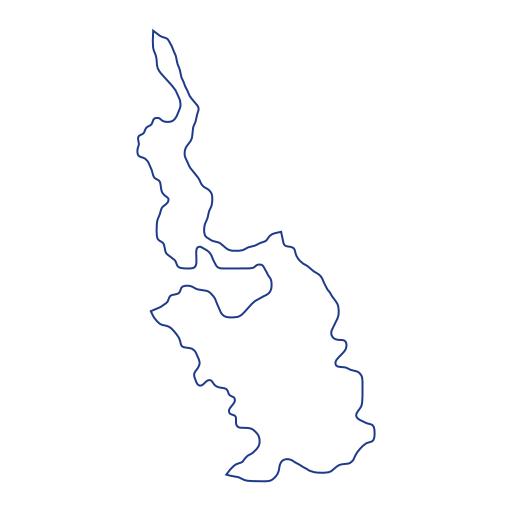 outline of Cambita Garabito, San Cristóbal, Dominican Republic
{"feature_id": "3306468B64395738690475", "entity_name": "Cambita Garabito", "entity_type": "district", "adm_level": 2, "iso_a3": "DOM", "parent_name": "Dominican Republic", "parent_adm1": "San Cristóbal", "projection": "natural_earth1", "projection_center": [-70.253, 18.535], "detail": "fine", "context": "isolated", "style": "outline", "palette": "blue", "viewbox_px": 512, "rotation_deg": 0, "n_neighbors": 0, "source": "geoboundaries", "source_scale": "gbopen_adm2", "svg_char_len": 6094}
<svg xmlns="http://www.w3.org/2000/svg" viewBox="0 0 512 512"><path d="M226.3,474.6L230.7,475.8L238.5,477.2L244.1,479.9L247.1,480.7L252.3,481.1L264.0,481.3L267.1,481.2L270.2,480.7L272.0,479.8L273.6,478.6L275.8,476.4L277.6,473.8L278.7,470.9L279.8,464.9L281.0,462.3L282.2,460.9L283.6,459.9L286.4,459.1L289.1,459.3L291.8,460.2L295.5,462.6L298.8,464.3L303.4,467.2L306.7,468.9L309.4,470.7L314.0,472.1L317.1,472.6L323.4,472.8L328.4,472.3L331.2,471.2L336.6,466.7L339.1,465.1L341.8,464.3L348.2,463.6L350.0,463.0L352.1,461.3L353.3,459.9L355.8,454.6L357.5,451.9L360.3,448.5L362.6,446.1L365.8,443.6L367.5,442.8L371.6,441.6L372.9,440.6L373.5,439.8L373.9,438.9L374.4,436.9L374.6,433.7L374.4,429.4L373.9,427.4L373.5,426.4L372.3,425.0L370.8,424.3L366.6,423.2L359.6,419.8L357.5,418.3L356.6,416.9L356.3,416.1L356.2,415.2L356.6,413.3L357.5,411.8L360.3,407.9L361.3,406.1L361.9,404.0L362.2,401.7L362.5,395.8L362.5,381.5L362.2,378.1L361.6,376.0L361.1,375.1L359.4,372.9L357.1,371.5L350.8,369.9L346.9,368.0L345.2,367.4L339.0,366.8L337.5,366.4L336.1,365.4L335.7,364.6L335.4,362.7L335.6,361.8L336.4,360.0L338.3,357.7L343.5,352.3L344.8,350.6L345.9,348.7L346.5,345.7L346.4,343.8L345.8,342.0L344.5,340.7L343.0,340.1L337.8,339.8L335.2,339.1L333.7,338.2L332.4,336.8L331.6,335.2L331.3,334.2L331.3,332.1L331.7,330.3L337.5,318.4L338.4,315.5L338.7,312.3L338.6,309.0L338.1,305.9L337.4,303.9L335.7,301.2L332.0,296.2L329.8,292.4L327.3,289.3L324.0,282.8L322.1,278.3L320.5,276.0L318.5,274.2L313.7,271.3L307.4,266.0L303.3,263.7L300.2,261.1L298.1,258.7L296.5,256.0L295.8,254.1L294.6,249.7L293.7,248.3L292.3,247.4L290.8,246.9L286.8,246.3L285.3,245.7L284.6,245.1L284.1,244.4L283.4,242.8L281.1,231.8L274.5,233.3L271.9,234.3L269.8,235.9L268.7,237.2L266.8,239.9L266.3,240.5L264.9,241.4L260.0,243.1L255.3,245.5L248.1,247.4L243.4,249.9L241.5,250.4L238.5,250.8L232.3,250.7L230.2,250.3L228.3,249.6L226.6,248.6L220.4,243.4L218.7,242.5L213.3,241.1L211.6,240.5L206.6,237.3L205.4,236.1L204.9,235.2L204.2,232.1L204.1,229.9L204.4,226.5L204.9,224.2L207.5,218.1L209.1,211.1L211.1,206.8L211.7,204.9L212.1,202.8L212.3,199.6L212.2,196.4L211.8,194.4L211.0,192.5L209.2,190.3L207.8,189.2L204.0,187.0L202.1,185.1L201.1,183.6L199.5,180.0L197.9,177.4L190.1,167.7L189.1,165.9L187.5,162.2L185.5,158.0L184.9,156.1L184.6,154.0L184.8,150.9L185.7,147.9L186.8,146.1L190.5,141.1L191.8,138.3L192.2,136.2L193.1,127.8L193.7,125.9L195.2,122.5L195.8,120.6L197.1,114.6L198.4,110.5L198.6,108.9L198.5,107.9L197.8,106.2L196.7,104.7L191.5,98.5L189.7,96.0L187.3,90.5L185.1,86.2L183.8,82.5L181.4,77.3L179.9,70.2L179.3,68.3L177.5,63.9L175.8,55.9L173.5,50.6L171.7,46.0L168.6,40.5L167.6,39.1L166.9,38.6L165.4,37.9L162.1,36.9L159.7,35.7L153.2,30.7L152.8,40.9L153.1,47.5L153.8,50.5L155.6,54.9L156.1,56.8L156.5,58.8L157.0,65.1L157.7,68.2L159.2,71.0L161.0,73.5L171.7,85.3L174.9,89.4L176.0,91.2L179.6,99.2L180.1,101.1L180.5,104.2L180.4,106.3L179.9,108.4L176.6,116.3L174.8,119.0L173.2,120.5L172.2,121.1L170.3,121.7L168.2,121.9L166.2,121.9L164.3,121.5L162.6,120.9L159.8,118.6L158.5,118.0L156.2,117.9L154.7,118.4L153.5,119.5L152.1,123.1L151.4,124.4L150.2,125.4L147.6,126.7L146.4,127.7L145.5,129.0L144.3,132.0L143.5,133.3L142.3,134.1L139.2,135.7L138.7,136.3L138.1,137.7L138.1,139.4L138.9,143.8L138.6,145.6L137.7,148.4L137.4,150.3L137.5,153.1L138.0,154.8L138.5,155.6L139.8,156.6L143.6,157.9L145.3,158.8L147.5,161.1L148.6,162.9L151.6,169.8L153.2,175.4L153.9,177.0L154.9,178.2L158.7,180.4L159.8,181.7L160.4,183.5L161.3,189.9L162.0,192.0L162.5,193.0L164.5,195.3L167.6,197.6L168.4,198.8L168.5,199.6L168.2,201.4L167.3,202.9L165.4,204.7L162.8,206.7L161.8,208.0L161.1,209.6L159.8,214.2L157.6,219.5L157.1,221.8L156.8,224.2L156.6,231.4L156.9,236.0L157.4,238.1L157.8,239.0L159.0,240.4L162.5,242.5L163.6,243.8L164.2,245.6L165.4,251.4L166.2,253.2L167.3,254.4L174.6,260.0L175.6,261.4L177.3,265.7L178.5,267.0L180.1,267.8L183.9,268.4L189.9,268.5L192.7,268.1L194.4,267.4L195.1,266.7L196.0,264.9L196.4,263.0L196.4,259.8L196.2,252.2L196.5,249.3L197.4,247.6L198.1,247.1L199.0,246.8L200.6,246.8L202.0,247.5L207.1,250.5L209.3,252.3L210.4,253.8L211.4,255.4L213.2,259.9L216.1,265.5L217.2,266.8L218.0,267.4L219.7,268.1L221.6,268.4L224.6,268.5L249.2,268.4L252.1,268.0L253.8,267.5L256.6,265.2L257.9,264.7L260.3,264.5L261.9,265.0L262.6,265.5L263.6,266.8L266.6,272.2L268.2,275.4L270.5,278.6L271.4,281.5L271.6,284.7L271.4,288.1L270.7,290.3L269.8,292.0L268.6,293.4L266.3,295.0L263.9,296.1L255.1,301.0L251.9,303.8L244.4,312.1L242.1,314.4L239.5,316.2L237.5,316.9L233.4,317.4L229.3,317.4L226.3,316.9L224.4,316.2L222.9,315.1L221.1,313.0L217.2,304.2L215.0,298.6L213.2,296.0L210.4,293.0L208.7,291.7L206.9,290.9L197.7,289.4L195.9,288.7L192.0,286.6L190.1,286.0L188.0,285.7L185.1,285.8L183.3,286.3L182.5,286.7L181.3,287.9L179.9,291.6L179.0,292.9L178.4,293.3L177.0,294.0L172.2,295.0L170.8,295.6L170.1,296.1L169.3,297.4L167.8,301.2L167.4,301.9L166.2,303.1L160.6,307.0L150.8,311.2L153.0,315.7L154.3,317.9L156.8,321.0L158.9,323.0L160.3,324.1L161.9,324.8L166.7,325.9L169.1,326.8L171.4,328.5L174.1,331.3L176.6,334.4L178.8,337.6L179.9,340.2L181.0,344.7L181.9,346.1L182.6,346.7L184.1,347.3L190.1,348.2L191.9,348.7L194.1,350.3L195.3,351.7L195.8,352.5L198.9,359.5L199.6,362.3L199.5,364.3L198.8,366.2L197.9,367.9L195.1,371.8L194.3,373.5L194.1,374.4L194.4,377.0L195.9,381.1L196.6,382.8L197.6,384.3L198.9,385.3L199.7,385.6L201.3,385.5L202.8,384.7L206.0,381.7L207.4,380.6L208.2,380.3L209.7,380.1L211.2,380.6L211.8,381.1L214.0,384.3L215.2,385.5L216.7,386.5L219.2,387.4L224.5,388.3L226.0,388.9L226.7,389.4L227.6,390.8L228.7,393.8L229.5,395.0L230.6,395.8L233.8,397.3L234.7,398.7L234.9,400.4L234.4,402.2L233.4,403.8L229.9,408.2L229.1,409.9L229.0,411.6L229.6,413.2L230.1,413.8L231.4,414.4L234.1,415.3L234.7,415.6L235.6,416.7L236.0,418.1L236.0,422.0L236.1,423.8L236.7,425.5L237.2,426.2L238.6,427.3L240.4,427.7L248.3,428.0L251.3,428.7L253.1,429.7L255.4,431.7L257.5,434.1L258.6,436.0L259.0,437.0L259.5,439.1L259.6,441.2L259.5,443.3L258.9,445.4L258.5,446.4L256.7,449.0L253.0,452.6L251.4,453.7L248.2,455.4L246.8,456.5L245.0,458.4L242.6,461.7L241.2,462.5L236.3,464.2L233.9,465.8L230.2,469.5L226.3,474.6Z" fill="none" stroke="#1e3a8a" stroke-width="2"/></svg>